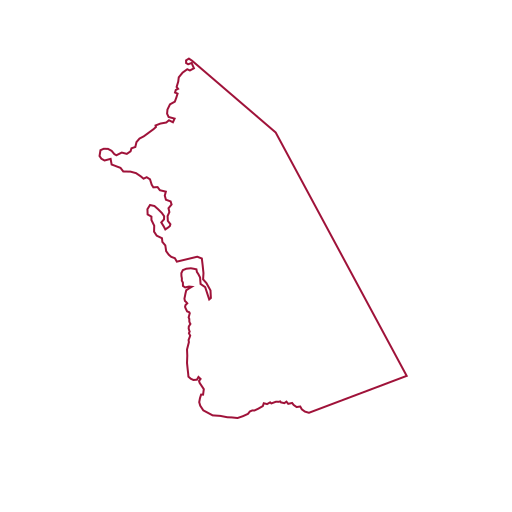 Ngerbau, Ngarchelong, Palau, rotated 199°
{"feature_id": "81905179B4441268560543", "entity_name": "Ngerbau", "entity_type": "district", "adm_level": 2, "iso_a3": "PLW", "parent_name": "Palau", "parent_adm1": "Ngarchelong", "projection": "mercator", "projection_center": [134.643, 7.703], "detail": "fine", "context": "isolated", "style": "outline", "palette": "rose", "viewbox_px": 512, "rotation_deg": 199, "n_neighbors": 0, "source": "geoboundaries", "source_scale": "gbopen_adm2", "svg_char_len": 2689}
<svg xmlns="http://www.w3.org/2000/svg" viewBox="0 0 512 512"><g transform="rotate(199 256 256)"><path d="M380.0,419.8L383.7,420.8L385.8,418.2L384.9,415.7L382.6,415.2L379.7,417.5L375.8,413.3L378.9,409.9L381.8,410.2L385.1,405.5L387.2,399.8L386.3,395.5L386.1,390.0L384.1,388.7L385.9,386.9L385.8,384.2L383.0,384.0L382.9,379.6L383.0,375.5L386.7,371.4L387.4,365.6L386.4,361.6L383.9,359.0L377.7,359.4L378.1,355.4L382.5,356.0L384.3,353.0L389.5,350.1L393.5,346.7L392.6,345.4L394.1,342.7L397.0,338.5L401.0,332.7L404.4,329.1L406.1,324.8L405.6,319.8L408.8,317.3L408.7,314.1L411.4,310.5L416.6,310.1L420.8,305.8L423.1,306.2L426.7,308.4L430.8,309.1L434.9,307.8L437.5,305.4L436.5,299.6L433.8,297.6L430.3,297.0L425.1,300.5L422.3,295.5L412.8,295.2L409.0,292.7L402.2,294.9L396.4,295.3L390.9,293.8L387.5,292.5L385.0,294.9L381.2,294.0L377.8,289.4L375.4,287.5L371.5,289.1L368.3,286.9L362.2,287.5L361.9,283.4L359.5,279.9L354.5,279.8L352.6,277.2L354.3,272.7L352.2,269.3L352.6,265.0L350.8,260.5L347.3,258.2L347.2,256.3L348.1,254.7L350.4,251.6L352.6,253.7L356.5,256.9L354.9,260.7L355.8,263.7L359.0,266.0L363.7,268.3L368.3,270.2L372.8,269.7L373.9,264.9L372.0,260.0L367.7,259.2L366.6,256.0L362.1,251.5L360.3,245.8L356.5,242.9L350.7,242.2L349.1,238.8L345.2,236.5L342.5,231.3L338.9,228.8L335.9,227.6L332.0,227.5L329.0,224.9L311.3,236.2L306.4,236.0L303.4,229.8L300.1,222.7L298.4,216.7L294.0,214.2L287.8,208.6L285.0,201.6L286.1,199.7L292.0,207.5L293.9,210.0L299.3,211.5L301.9,217.5L304.5,220.0L306.7,221.7L308.0,224.0L310.5,223.7L313.6,223.2L317.7,221.3L320.6,218.8L321.0,215.5L320.0,212.8L318.8,210.7L318.1,208.5L316.5,207.1L315.3,203.9L312.8,203.2L309.4,205.3L306.8,205.9L308.8,203.5L310.8,200.9L310.5,197.7L310.1,194.9L309.8,192.4L308.6,190.4L307.2,189.8L305.6,188.9L306.7,186.6L306.5,184.8L305.5,183.6L303.1,181.2L300.8,181.1L300.0,180.3L299.7,176.0L298.6,174.8L297.7,172.3L296.8,171.2L295.9,170.4L296.6,167.6L296.1,165.6L295.0,164.0L294.1,162.9L294.3,161.2L293.4,160.3L292.3,159.3L292.3,158.1L292.4,154.6L291.4,152.7L291.2,150.2L290.8,145.2L288.5,139.3L286.4,132.4L283.8,126.8L281.7,122.4L280.6,119.9L277.7,118.7L274.8,118.4L271.6,119.8L271.0,122.9L268.4,121.7L269.2,119.3L267.9,117.6L262.0,113.1L260.9,107.7L262.8,107.1L262.7,103.4L262.1,99.3L260.0,96.3L255.6,92.9L245.1,91.2L237.7,93.2L230.6,94.2L226.3,95.5L220.7,96.8L216.2,100.3L212.2,104.1L211.2,107.0L209.2,108.8L207.2,109.4L204.2,112.3L200.7,116.3L200.7,119.3L197.3,119.6L195.0,122.2L193.5,121.6L189.7,124.7L186.9,125.6L185.8,126.4L184.8,125.7L181.3,126.1L179.8,128.2L177.4,126.7L174.0,128.8L171.9,127.4L168.4,126.4L165.2,128.1L162.7,125.9L159.1,124.8L154.9,125.0L74.5,191.7L277.6,379.2L380.0,419.8Z" fill="none" stroke="#9f1239" stroke-width="2"/></g></svg>